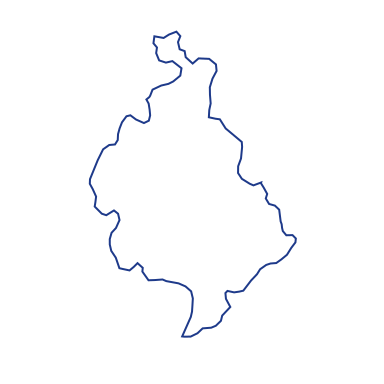 Chungju-si, North Chungcheong, South Korea, rotated 212°
{"feature_id": "91817680B87543439372548", "entity_name": "Chungju-si", "entity_type": "district", "adm_level": 2, "iso_a3": "KOR", "parent_name": "South Korea", "parent_adm1": "North Chungcheong", "projection": "albers", "projection_center": [127.905, 36.999], "detail": "fine", "context": "isolated", "style": "outline", "palette": "blue", "viewbox_px": 384, "rotation_deg": 212, "n_neighbors": 0, "source": "geoboundaries", "source_scale": "gbopen_adm2", "svg_char_len": 1864}
<svg xmlns="http://www.w3.org/2000/svg" viewBox="0 0 384 384"><g transform="rotate(212 192 192)"><path d="M98.6,114.8L106.6,119.4L110.1,124.0L109.5,126.9L103.1,129.2L99.1,132.6L96.2,135.5L95.6,141.8L95.0,148.2L93.3,156.8L93.3,162.6L90.4,169.5L87.5,173.0L82.9,176.4L80.5,182.2L78.2,189.1L78.2,197.2L77.6,204.1L79.3,207.6L83.9,208.7L89.1,205.3L94.3,207.0L96.6,209.3L98.9,212.2L101.2,214.0L108.7,223.2L114.5,224.4L120.3,222.7L126.0,225.6L127.2,230.2L133.5,233.7L138.2,236.0L138.4,236.7L143.4,230.2L147.4,229.6L153.2,229.6L156.7,229.6L163.0,232.5L166.5,238.3L168.2,246.4L173.4,256.8L176.3,260.8L189.0,262.6L197.1,263.7L206.9,268.4L210.9,266.6L217.3,264.3L220.8,270.7L223.1,277.0L228.3,284.0L232.4,290.3L234.7,299.0L235.3,307.7L239.3,312.9L248.0,314.0L257.2,308.8L259.5,301.3L268.8,303.0L272.9,307.6L278.1,306.5L278.9,307.3L283.3,311.7L284.5,318.0L290.2,319.7L294.9,313.4L297.7,307.6L306.4,304.1L305.1,301.2L303.5,297.7L298.3,296.0L296.0,290.8L289.6,286.2L282.7,287.9L278.0,292.6L266.5,291.4L263.6,284.5L266.5,275.8L269.3,271.2L274.5,266.0L279.7,257.9L278.5,251.5L278.5,249.8L279.7,246.3L275.6,244.0L271.6,239.4L268.1,234.8L266.4,229.6L269.3,225.0L277.9,223.8L284.9,224.4L287.7,221.5L288.3,214.0L287.1,207.6L285.4,201.9L282.5,196.7L282.5,191.5L287.1,188.0L290.0,181.1L288.8,169.0L285.3,148.8L283.0,144.8L277.8,141.9L270.9,137.3L268.5,132.1L266.8,128.1L257.0,125.8L252.4,126.9L248.4,135.0L243.2,134.4L238.6,129.8L237.4,121.2L238.6,114.8L236.8,108.5L233.9,103.9L229.3,99.3L221.8,95.9L213.2,88.9L209.7,90.1L203.4,92.4L201.7,97.6L200.5,102.8L193.6,101.6L191.9,98.2L182.1,94.1L176.9,97.6L170.6,102.2L166.6,102.8L160.8,105.1L155.0,107.4L147.5,108.5L140.1,107.3L134.9,102.2L131.4,95.8L128.6,90.6L126.8,85.4L123.8,64.3L121.7,65.3L116.5,68.7L112.5,75.1L110.7,82.0L103.8,87.1L100.9,91.2L99.2,98.1L100.9,103.2L98.6,114.8Z" fill="none" stroke="#1e3a8a" stroke-width="2"/></g></svg>